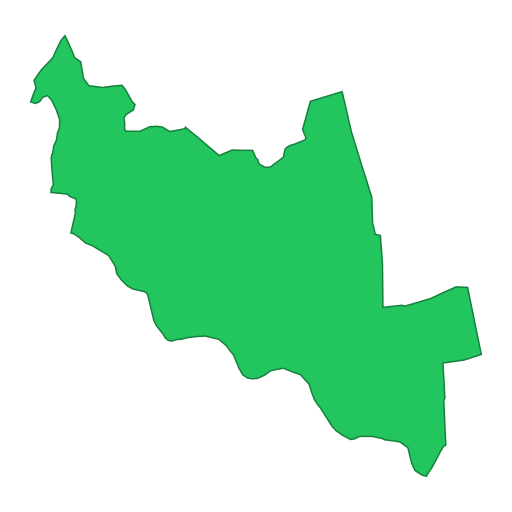 Ans, Dhamar, Yemen
{"feature_id": "15242507B14895692006944", "entity_name": "Ans", "entity_type": "district", "adm_level": 2, "iso_a3": "YEM", "parent_name": "Yemen", "parent_adm1": "Dhamar", "projection": "equal_earth", "projection_center": [44.359, 14.441], "detail": "fine", "context": "isolated", "style": "filled", "palette": "green", "viewbox_px": 512, "rotation_deg": 0, "n_neighbors": 0, "source": "geoboundaries", "source_scale": "gbopen_adm2", "svg_char_len": 4065}
<svg xmlns="http://www.w3.org/2000/svg" viewBox="0 0 512 512"><path d="M342.4,435.2L348.0,438.1L350.5,439.5L354.5,438.8L355.0,438.7L358.2,437.0L359.3,436.5L363.6,436.4L368.0,436.4L370.9,436.4L372.3,436.4L374.6,436.9L380.8,438.3L382.7,438.7L383.3,439.0L385.2,440.0L385.3,439.8L391.5,440.7L393.1,440.9L394.6,441.1L400.0,442.0L402.8,444.0L407.7,447.6L407.9,447.7L411.7,463.3L415.0,470.5L418.5,472.8L419.1,473.2L421.8,475.0L426.5,476.3L427.0,474.9L432.2,467.2L440.0,452.4L443.4,446.5L445.8,445.2L444.7,421.6L443.8,400.4L444.9,398.1L444.0,381.5L442.9,363.0L463.7,360.1L469.3,358.4L481.3,354.4L474.3,320.5L473.7,317.2L467.6,287.4L461.0,287.1L455.9,286.9L450.5,289.4L448.6,290.2L430.2,298.7L428.8,299.1L425.4,300.1L404.9,306.1L404.1,305.9L402.9,305.6L401.5,305.3L382.9,307.4L382.8,294.9L382.5,264.8L380.4,235.5L375.3,234.3L372.6,222.8L372.5,220.5L372.1,206.9L371.7,196.6L370.0,191.7L365.9,178.3L364.0,172.4L363.7,171.6L360.7,162.0L360.5,161.3L356.8,149.3L354.5,141.9L351.4,131.8L351.1,130.4L350.3,127.0L349.7,124.5L348.4,118.8L347.9,116.9L347.8,116.2L346.4,110.1L345.0,103.9L342.4,92.9L342.0,91.7L336.9,93.2L317.0,99.3L310.7,101.2L310.4,101.3L309.0,106.3L307.3,112.4L307.2,112.8L306.6,115.1L305.6,118.8L305.0,120.8L303.8,125.0L303.0,128.0L302.8,129.1L302.5,129.4L302.6,129.6L302.7,129.8L303.7,132.4L304.2,133.6L305.4,136.2L305.6,137.0L305.7,137.7L305.7,138.1L305.5,139.2L304.5,140.1L298.9,142.4L295.8,143.7L294.3,144.2L290.8,145.2L287.3,147.0L285.3,148.8L285.2,149.2L284.3,152.7L284.1,153.2L284.0,153.7L283.8,155.1L283.4,157.2L278.3,161.1L273.8,164.3L270.8,166.9L269.1,167.1L267.6,167.3L265.6,167.2L264.7,167.2L263.7,166.6L259.9,164.4L259.6,164.2L259.0,163.8L258.7,162.8L258.4,161.7L258.1,160.7L258.0,160.3L258.0,160.1L257.8,159.6L257.7,159.5L256.7,158.6L255.9,158.0L255.7,157.5L255.0,155.8L254.9,155.6L254.4,154.5L252.6,150.4L239.4,150.3L232.2,150.0L225.1,153.0L219.1,155.5L217.1,153.8L207.2,145.4L198.1,137.6L194.1,134.4L185.4,127.2L184.9,128.7L180.8,129.5L173.2,130.9L171.4,131.2L170.4,131.4L169.7,131.5L167.9,130.4L164.8,128.5L162.2,127.0L157.3,126.4L156.7,126.3L149.8,126.7L147.7,127.7L143.3,129.7L139.6,131.3L139.4,131.3L126.2,131.2L124.6,129.5L124.7,124.0L124.0,117.9L126.2,114.5L133.4,109.9L135.0,104.5L132.3,101.9L126.6,91.7L126.3,91.0L122.1,85.3L119.2,85.5L112.6,86.1L111.9,86.2L107.6,86.8L103.8,87.3L103.7,87.3L102.7,87.5L92.5,86.2L88.9,85.7L86.6,82.6L83.8,78.8L83.3,78.0L82.6,73.0L80.8,61.9L77.8,59.8L74.7,57.7L72.1,51.2L67.9,41.7L64.9,35.7L60.9,40.6L55.5,51.6L52.9,57.6L49.6,61.1L46.5,64.4L45.8,65.1L43.4,67.7L43.3,67.8L41.5,69.7L39.5,72.4L34.0,80.4L36.0,87.8L33.3,94.4L30.7,101.9L35.6,103.5L36.5,103.0L38.2,102.3L39.7,101.6L42.5,97.4L47.5,95.6L47.9,96.0L51.7,100.3L52.4,101.8L53.2,103.5L54.0,105.2L56.7,110.6L56.8,111.3L59.5,119.0L59.6,122.9L59.4,128.1L58.5,130.4L58.3,131.5L57.5,132.4L57.5,132.8L56.4,140.1L55.0,143.2L54.2,145.0L53.5,146.8L53.4,148.6L52.7,152.7L51.9,154.5L51.8,156.1L51.2,157.4L51.4,161.1L51.8,167.8L51.8,168.2L53.3,184.6L51.2,188.9L51.1,190.0L51.0,192.5L60.6,193.4L66.5,194.1L68.0,194.3L68.9,196.0L73.1,197.8L76.2,199.1L76.3,200.3L76.3,205.7L75.3,208.7L75.1,209.2L75.4,212.9L74.4,217.3L72.3,226.7L70.9,233.0L73.3,233.5L79.0,237.3L85.8,243.2L92.3,245.7L97.3,248.7L105.9,253.9L108.8,255.7L115.4,266.5L116.7,273.6L121.5,280.1L127.3,285.9L130.8,287.8L132.9,289.0L141.0,290.9L143.8,291.5L144.8,291.9L146.2,292.7L146.7,293.3L147.3,294.1L147.9,296.0L148.7,298.8L153.8,320.3L155.9,324.9L158.8,328.7L160.9,331.4L163.4,334.6L165.2,337.8L167.4,339.8L169.2,340.6L171.6,341.1L174.0,340.4L177.5,339.4L178.2,339.4L180.7,339.4L186.8,337.8L195.0,336.7L198.3,336.4L205.3,336.1L209.5,337.1L218.9,339.3L224.8,344.4L226.2,345.6L226.3,345.7L230.7,351.5L233.8,355.4L235.3,359.3L236.5,362.4L237.5,364.0L238.5,367.3L242.8,374.9L247.9,378.1L252.4,378.8L257.5,378.4L264.5,375.2L270.8,370.7L272.0,370.4L283.1,368.2L283.6,368.3L287.3,369.8L295.5,373.0L300.4,374.6L302.4,376.8L305.8,380.6L309.1,384.3L311.6,392.3L314.7,400.1L317.7,404.7L320.4,407.9L326.9,418.2L332.3,426.7L335.1,429.5L335.5,430.2L342.4,435.2Z" fill="#22c55e" stroke="#15803d" stroke-width="1.5"/></svg>